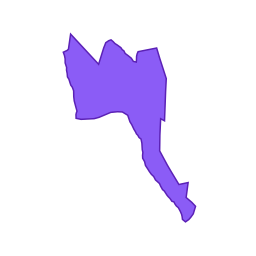 outline of Nova Londrina, Paraná, Brazil, rotated 167°
{"feature_id": "56859067B43615120098255", "entity_name": "Nova Londrina", "entity_type": "district", "adm_level": 2, "iso_a3": "BRA", "parent_name": "Brazil", "parent_adm1": "Paraná", "projection": "equal_earth", "projection_center": [-52.953, -22.751], "detail": "fine", "context": "isolated", "style": "filled", "palette": "violet", "viewbox_px": 256, "rotation_deg": 167, "n_neighbors": 0, "source": "geoboundaries", "source_scale": "gbopen_adm2", "svg_char_len": 1401}
<svg xmlns="http://www.w3.org/2000/svg" viewBox="0 0 256 256"><g transform="rotate(167 128 128)"><path d="M79.8,36.5L82.6,41.3L87.0,47.2L81.7,61.3L91.1,61.5L95.7,75.6L98.0,82.9L102.3,98.6L98.5,114.0L94.1,129.7L90.8,126.8L83.1,155.3L79.6,167.5L81.4,188.5L82.1,199.5L101.0,200.1L102.4,198.2L103.5,196.0L104.5,192.2L105.1,190.4L107.8,191.7L109.1,195.3L111.7,198.6L114.0,201.3L114.7,204.2L116.0,205.6L116.8,207.8L119.9,211.4L121.7,213.2L123.1,215.6L124.7,217.7L127.2,217.4L130.5,216.1L131.7,214.3L133.6,211.6L142.3,196.7L162.8,232.4L168.3,218.2L169.8,217.3L174.0,216.4L173.6,212.8L173.7,209.6L174.6,205.5L174.2,200.8L174.9,198.2L175.0,194.9L175.5,191.4L174.6,188.8L174.3,184.7L174.1,182.6L173.1,180.3L172.6,176.5L173.8,170.8L174.3,166.5L174.1,160.4L173.9,155.9L174.9,154.4L175.7,152.7L176.4,149.1L171.8,147.0L158.8,144.7L153.9,144.9L141.2,147.1L134.5,146.2L129.9,144.9L125.4,140.5L124.7,133.6L123.6,130.4L122.5,125.4L121.5,122.4L121.1,120.4L120.1,118.8L119.4,116.3L117.8,114.3L117.9,110.0L119.0,103.6L119.0,100.9L120.0,98.0L120.5,95.2L119.4,91.5L119.4,87.5L118.2,84.3L117.0,80.8L115.6,77.5L113.9,75.0L112.9,71.2L111.6,69.4L109.8,66.8L109.3,64.0L108.2,60.2L106.8,58.4L105.1,53.7L104.2,51.9L103.0,50.0L101.7,46.7L99.9,45.7L99.3,43.3L98.4,41.1L96.9,39.1L95.8,35.1L95.2,31.8L95.2,29.5L95.5,26.7L93.1,23.6L89.4,25.1L87.0,26.8L83.7,29.7L79.8,36.5Z" fill="#8b5cf6" stroke="#5b21b6" stroke-width="1.5"/></g></svg>